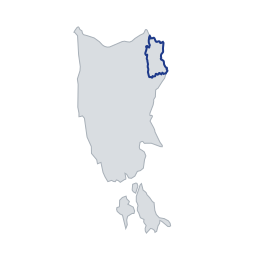 where Võru sits in Estonia, rotated 262°
{"feature_id": "EST-2351", "entity_name": "Võru", "entity_type": "County", "adm_level": 1, "iso_a3": "EST", "parent_name": "Estonia", "parent_adm1": "", "projection": "robinson", "projection_center": [26.896, 57.737], "detail": "fine", "context": "in_parent", "style": "outline", "palette": "blue", "viewbox_px": 256, "rotation_deg": 262, "n_neighbors": 0, "source": "natural_earth", "source_scale": "10m", "svg_char_len": 4301}
<svg xmlns="http://www.w3.org/2000/svg" viewBox="0 0 256 256"><g transform="rotate(262 128 128)"><path d="M208.4,174.5L207.5,174.6L202.8,174.0L197.5,172.2L195.2,170.9L192.9,170.9L190.1,171.8L180.3,174.4L177.9,173.8L172.2,171.2L169.4,168.5L163.1,163.1L162.6,161.8L161.8,160.7L155.0,159.4L152.6,157.4L150.5,157.1L147.4,156.1L139.6,151.8L137.6,151.4L137.1,152.1L137.3,153.2L136.8,153.7L135.8,153.7L133.9,152.2L131.8,150.8L124.9,153.4L122.4,154.1L120.3,154.2L109.4,157.7L106.0,159.5L104.7,159.3L105.0,157.6L109.7,148.9L110.6,142.0L112.3,141.0L112.8,140.1L112.1,137.9L107.5,136.5L105.6,136.7L103.8,139.0L102.0,140.8L97.9,141.8L94.4,140.0L86.1,137.6L84.1,134.4L83.7,131.2L79.4,128.1L77.7,124.4L78.4,121.8L82.4,120.2L83.6,118.7L78.6,118.9L77.6,118.6L77.4,117.3L75.3,112.8L77.3,111.0L78.2,109.3L76.6,107.9L77.1,106.2L78.4,104.5L77.7,100.6L82.7,98.5L87.5,97.1L97.7,96.4L96.8,92.8L100.9,92.6L107.9,88.3L114.7,89.1L124.7,86.2L143.8,86.2L146.4,84.5L146.0,82.8L146.0,81.0L149.6,81.5L155.6,81.2L178.1,84.7L183.6,84.7L191.3,88.4L195.4,89.3L207.6,89.3L226.4,90.9L230.1,88.5L230.4,87.8L232.2,89.2L234.5,91.4L235.1,92.7L234.4,93.4L232.1,94.1L231.6,94.8L230.6,95.9L228.0,96.1L226.6,97.0L225.0,100.7L221.9,107.0L217.4,111.7L213.7,114.3L212.0,116.3L211.0,118.7L210.8,121.1L214.4,134.3L214.4,136.7L213.5,139.1L212.9,141.6L213.4,143.8L215.8,147.5L218.3,153.0L219.4,156.5L221.0,157.8L222.6,158.7L223.0,159.3L222.9,159.9L222.1,160.6L214.9,162.5L214.0,164.0L213.2,165.8L210.0,168.3L209.1,170.7L208.5,173.5L208.4,174.5ZM47.3,126.1L49.7,127.1L51.9,126.8L54.2,126.0L59.1,126.7L70.1,132.2L71.1,133.6L64.4,134.3L62.8,135.9L61.2,137.1L59.3,137.5L56.0,139.8L51.6,142.0L50.6,143.4L42.7,143.1L38.4,144.0L34.8,146.5L33.2,151.3L30.5,155.0L27.9,156.4L25.2,156.6L24.6,155.2L24.9,153.8L30.8,148.5L32.0,146.7L29.2,146.0L26.9,144.1L21.7,142.0L20.9,140.2L22.1,140.1L23.3,139.6L24.7,138.1L25.4,136.4L21.4,131.6L23.6,130.8L26.2,131.0L28.9,132.4L31.9,130.7L33.1,130.5L35.2,131.1L37.4,127.8L42.4,126.8L44.9,125.8L47.3,126.1ZM58.0,116.9L55.1,119.1L53.5,118.3L52.6,117.2L48.9,122.2L44.8,123.0L42.5,122.0L42.8,120.2L40.6,115.3L37.1,113.9L32.2,113.8L28.7,111.8L42.5,110.4L44.0,108.1L46.9,105.7L49.0,105.4L50.8,106.0L51.0,107.9L51.5,108.6L57.7,109.7L60.0,112.8L60.8,116.6L58.0,116.9ZM71.9,129.2L69.1,129.7L62.4,126.5L64.1,124.4L66.0,123.5L71.6,124.8L72.4,128.1L71.9,129.2Z" fill="#d9dde1" stroke="#a8b0b8" stroke-width="1"/><path d="M179.1,175.0L178.5,174.5L177.4,173.4L176.8,173.0L176.7,172.3L176.9,171.4L176.8,171.2L176.6,170.9L176.6,170.7L176.8,170.5L177.4,170.2L177.7,170.0L177.9,169.7L177.1,168.9L176.7,168.5L176.6,168.4L177.3,167.6L178.0,167.1L178.1,166.8L178.1,166.5L177.7,166.2L177.2,166.0L177.0,165.7L176.9,165.2L176.7,164.9L176.7,164.7L177.0,164.5L177.3,164.3L177.5,164.1L177.7,163.5L177.7,163.1L177.4,162.8L176.4,162.6L175.5,162.0L175.5,160.6L175.4,160.4L175.9,159.6L175.5,159.1L174.6,158.9L174.6,158.6L174.8,158.2L175.2,157.8L175.4,157.2L175.4,156.8L175.4,156.4L175.5,156.2L176.7,155.9L180.6,155.5L181.9,155.9L182.3,156.1L182.8,156.2L183.8,156.3L184.7,156.2L185.5,156.0L187.3,156.3L188.3,156.7L191.4,156.5L192.1,156.6L192.9,156.5L193.9,156.2L197.7,157.2L197.9,157.1L197.8,156.0L198.3,155.7L198.9,155.5L199.2,155.5L199.6,155.5L200.1,155.7L202.3,156.8L204.2,157.5L204.8,157.6L205.1,157.6L205.3,157.5L205.5,157.3L205.7,157.2L205.9,157.2L206.5,157.7L206.5,158.4L205.4,159.1L205.1,159.5L204.8,160.1L205.0,160.3L205.5,160.3L205.8,160.3L206.0,160.4L206.5,161.0L207.3,161.1L208.6,160.7L209.8,160.5L211.7,160.7L215.0,161.6L215.3,161.8L214.7,161.9L214.3,162.1L214.6,162.2L215.3,162.7L214.3,163.0L213.9,163.3L213.5,163.7L213.4,164.4L213.8,165.6L213.7,166.2L213.1,166.7L210.3,167.4L209.7,167.7L209.5,168.0L209.3,168.4L209.3,168.8L209.3,169.0L209.5,169.8L209.6,170.1L209.5,171.0L209.4,171.2L209.2,171.4L208.8,171.5L208.3,171.6L207.9,171.7L207.6,172.0L207.6,172.6L207.8,173.3L208.2,174.0L208.4,174.5L207.3,175.0L202.0,173.7L199.3,173.5L198.4,173.3L197.7,172.7L196.5,171.3L195.7,170.9L194.5,170.6L193.9,170.6L193.3,170.7L192.8,170.6L192.4,170.3L192.0,170.1L191.3,170.3L190.8,170.9L190.4,171.5L190.0,172.1L189.3,172.6L188.7,172.7L186.0,172.6L184.9,172.9L183.8,173.3L182.8,173.9L182.5,174.2L182.4,174.6L182.3,174.8L181.9,174.9L181.6,174.9L180.9,174.5L180.6,174.5L180.1,174.7L179.7,175.0L179.1,175.0Z" fill="none" stroke="#1e3a8a" stroke-width="2"/></g></svg>